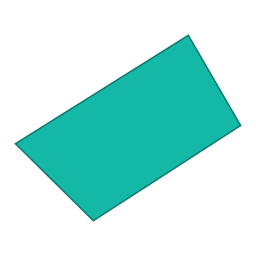 outline of Akhmim City, Suhaj, Egypt
{"feature_id": "37247803B43234746614791", "entity_name": "Akhmim City", "entity_type": "district", "adm_level": 2, "iso_a3": "EGY", "parent_name": "Egypt", "parent_adm1": "Suhaj", "projection": "mercator", "projection_center": [31.873, 26.525], "detail": "fine", "context": "isolated", "style": "filled", "palette": "teal", "viewbox_px": 256, "rotation_deg": 0, "n_neighbors": 0, "source": "geoboundaries", "source_scale": "gbopen_adm2", "svg_char_len": 189}
<svg xmlns="http://www.w3.org/2000/svg" viewBox="0 0 256 256"><path d="M240.6,125.5L188.3,35.3L15.4,143.7L93.3,220.7L240.6,125.5Z" fill="#14b8a6" stroke="#0f766e" stroke-width="1.5"/></svg>